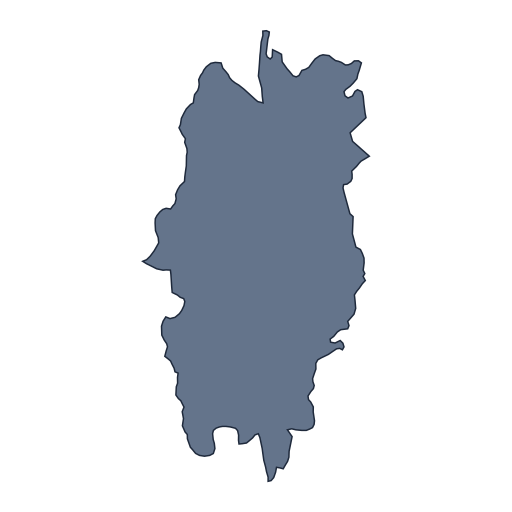 Presidente Dutra, Maranhão, Brazil
{"feature_id": "56859067B14161249303413", "entity_name": "Presidente Dutra", "entity_type": "district", "adm_level": 2, "iso_a3": "BRA", "parent_name": "Brazil", "parent_adm1": "Maranhão", "projection": "natural_earth1", "projection_center": [-44.458, -5.289], "detail": "fine", "context": "isolated", "style": "filled", "palette": "slate", "viewbox_px": 512, "rotation_deg": 0, "n_neighbors": 0, "source": "geoboundaries", "source_scale": "gbopen_adm2", "svg_char_len": 3670}
<svg xmlns="http://www.w3.org/2000/svg" viewBox="0 0 512 512"><path d="M231.9,80.4L229.6,77.7L228.2,74.6L225.9,71.7L222.8,68.2L221.1,62.9L215.2,62.4L210.8,63.3L206.3,66.8L203.8,70.1L202.5,72.9L200.6,75.4L198.7,79.7L199.2,84.3L198.7,87.6L197.7,90.5L194.6,94.6L194.0,97.8L193.3,102.9L190.5,104.5L186.4,108.8L184.2,112.7L181.4,118.3L180.4,124.7L179.0,127.8L181.0,131.7L182.3,134.4L185.4,138.7L184.7,142.4L186.9,148.5L187.2,152.3L186.5,155.6L186.4,160.9L186.3,166.0L185.4,172.2L184.8,177.0L184.5,181.5L180.0,185.8L177.6,189.8L175.6,194.7L176.2,198.8L174.9,203.6L172.8,205.9L170.6,209.0L166.1,208.3L162.7,209.5L159.9,211.9L157.0,215.5L155.3,218.7L155.1,222.9L155.5,230.7L158.2,237.6L158.7,242.9L154.2,250.8L150.1,256.3L146.6,259.7L142.7,261.3L146.5,263.7L156.7,268.8L163.0,270.2L166.2,269.9L170.4,270.1L170.9,274.2L171.7,286.8L172.2,292.5L177.4,295.0L180.2,297.3L183.7,298.6L184.8,301.5L184.0,305.6L181.7,310.5L179.4,313.7L175.1,317.3L170.0,318.6L165.8,316.9L163.1,321.2L161.5,326.2L161.8,335.1L164.2,340.0L166.7,343.7L167.5,346.8L166.2,350.9L164.8,356.3L168.4,359.1L170.6,361.0L171.9,363.9L174.1,368.2L175.0,371.8L178.1,373.1L177.5,377.4L177.6,383.2L176.3,386.8L175.9,395.0L178.4,398.6L180.8,400.7L182.4,404.0L184.0,407.1L182.2,411.7L183.5,418.6L182.4,425.8L185.1,432.0L187.3,434.5L187.4,438.8L190.4,447.3L192.4,449.5L195.6,453.4L199.5,455.4L204.5,456.2L209.7,455.4L213.3,453.5L214.9,448.6L214.3,443.3L213.2,439.5L212.6,433.7L213.4,430.4L216.2,428.1L219.6,426.9L222.5,426.4L226.0,426.4L230.1,426.9L232.9,427.6L235.5,428.3L237.6,430.6L238.6,435.1L238.5,440.3L239.0,444.0L242.2,443.7L246.5,443.0L249.8,440.3L252.6,437.9L255.0,434.9L258.3,433.7L259.9,437.6L261.0,442.9L262.2,448.5L262.6,451.7L263.8,460.3L265.6,467.0L266.5,471.6L268.1,477.1L268.1,481.3L271.1,480.6L273.7,477.6L275.6,472.2L276.5,467.3L280.0,467.9L283.2,468.8L285.0,465.6L287.6,461.3L288.9,457.2L289.1,451.3L292.1,436.6L287.4,429.8L291.7,428.8L295.8,429.8L301.8,430.4L306.3,430.4L309.8,429.0L312.5,427.6L314.1,424.4L314.5,420.8L313.9,416.7L313.2,412.0L313.3,406.9L310.7,402.0L308.5,399.6L308.0,396.0L310.9,391.5L313.4,388.6L314.2,385.5L312.9,381.7L312.6,378.6L314.5,372.9L315.9,369.0L315.8,363.4L317.8,359.8L321.1,357.9L328.4,354.4L332.3,351.7L336.6,348.8L339.7,348.4L342.4,349.8L344.0,346.9L342.9,343.2L340.2,340.5L335.1,343.0L330.6,342.2L330.1,339.1L333.8,336.3L337.3,332.0L340.7,329.7L347.7,328.8L349.0,325.6L347.7,321.4L350.6,318.1L354.0,314.2L355.7,308.4L355.0,300.3L354.4,294.9L356.7,291.3L359.4,288.0L362.2,283.9L365.3,280.5L363.1,276.4L364.8,273.6L363.2,270.2L364.1,262.9L364.0,258.1L362.3,253.4L360.4,249.5L355.9,247.1L354.7,242.5L352.4,233.9L353.1,216.6L349.9,213.7L344.0,192.2L343.0,187.9L343.6,184.6L347.1,184.1L350.8,181.3L352.1,178.5L352.1,174.3L351.7,171.1L356.6,166.3L359.1,163.2L361.1,161.1L369.3,156.2L352.6,141.4L350.1,132.8L366.0,117.7L365.1,113.3L363.9,103.9L363.2,96.3L361.8,91.7L357.5,89.7L355.0,91.4L352.5,96.0L348.0,98.0L345.0,95.8L344.0,91.7L345.8,89.4L350.0,86.3L353.2,83.1L356.9,78.7L357.9,74.0L359.1,70.7L361.4,62.9L358.5,60.8L354.3,60.9L351.4,63.5L348.3,64.8L345.4,65.0L341.4,62.4L338.5,61.3L335.5,60.6L332.5,58.4L329.1,55.6L323.0,54.8L319.8,55.7L315.2,58.9L311.9,63.1L308.8,67.4L305.5,69.3L301.9,70.4L299.0,75.5L296.2,76.9L293.0,75.8L289.6,71.6L287.0,68.7L282.2,61.9L281.5,54.3L277.8,52.2L272.6,49.7L272.2,57.0L270.2,59.0L267.2,56.9L266.1,53.8L266.7,48.9L267.4,42.9L267.9,38.9L268.9,35.5L269.3,32.0L266.4,30.7L262.8,31.1L262.9,35.5L261.2,42.1L260.8,46.5L260.4,51.8L260.0,55.0L259.5,62.7L259.0,69.4L258.4,76.0L259.5,80.0L261.7,88.0L262.3,96.5L263.1,102.9L257.8,101.6L255.3,99.5L244.1,89.3L238.8,85.1L235.1,82.9L231.9,80.4Z" fill="#64748b" stroke="#1e293b" stroke-width="1.5"/></svg>